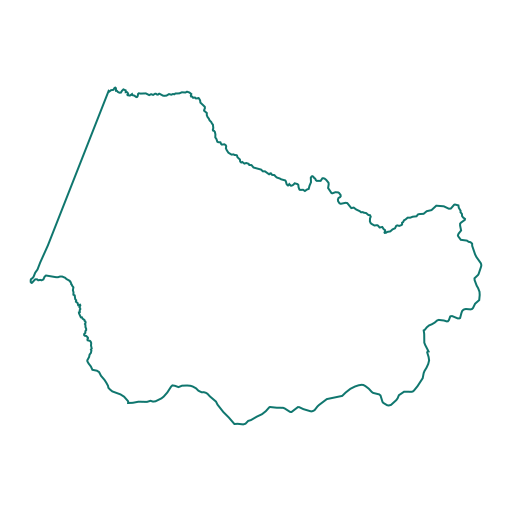 Corinto, Cauca, Colombia
{"feature_id": "7082276B3788770543565", "entity_name": "Corinto", "entity_type": "district", "adm_level": 2, "iso_a3": "COL", "parent_name": "Colombia", "parent_adm1": "Cauca", "projection": "robinson", "projection_center": [-76.211, 3.145], "detail": "fine", "context": "isolated", "style": "outline", "palette": "teal", "viewbox_px": 512, "rotation_deg": 0, "n_neighbors": 0, "source": "geoboundaries", "source_scale": "gbopen_adm2", "svg_char_len": 5969}
<svg xmlns="http://www.w3.org/2000/svg" viewBox="0 0 512 512"><path d="M128.1,403.0L132.8,402.8L138.5,401.7L146.9,401.9L150.5,400.8L153.0,401.6L155.5,401.3L161.4,398.4L163.7,396.6L167.3,392.5L171.1,386.6L172.4,385.4L174.9,385.8L178.5,387.1L182.0,385.7L187.1,385.5L190.5,385.8L192.7,386.5L196.0,388.3L198.4,390.7L200.2,391.6L201.8,392.3L203.8,392.2L205.9,392.8L207.5,393.8L209.9,396.4L216.0,401.6L217.5,404.6L223.3,412.0L228.8,417.5L234.4,424.0L237.7,423.8L243.2,424.4L245.5,423.7L248.2,420.9L250.9,420.1L256.9,416.6L262.0,414.2L265.8,411.2L269.2,407.4L269.9,407.0L276.5,407.7L283.0,407.8L284.6,408.4L289.9,411.8L290.8,412.0L291.5,412.0L297.9,407.1L299.3,407.2L303.3,409.1L310.3,411.2L311.6,411.4L313.2,410.9L314.6,410.1L317.5,406.4L319.0,405.0L326.8,399.1L342.2,395.9L345.7,392.5L350.4,388.8L355.0,386.5L358.6,385.3L361.6,384.8L363.4,385.0L365.4,386.1L368.8,388.7L371.7,391.9L373.1,392.9L379.2,394.4L380.5,395.5L382.5,401.9L383.3,402.9L387.1,405.2L388.7,405.5L391.0,404.9L396.3,400.1L397.6,398.3L398.9,395.2L404.1,391.7L411.6,391.8L412.8,391.5L414.0,390.5L417.5,386.2L422.7,378.2L423.7,373.0L424.5,371.0L426.5,367.7L428.2,364.0L429.1,360.4L428.6,357.0L427.2,352.4L427.6,351.5L428.5,351.4L425.2,345.0L424.3,342.7L424.2,333.9L423.7,330.4L424.8,329.8L426.8,327.3L429.1,325.4L431.8,324.3L434.7,322.6L437.1,320.5L438.7,319.9L443.9,320.5L446.7,321.4L447.9,321.3L448.9,320.1L450.2,316.5L451.1,316.1L452.2,316.1L457.7,318.4L459.3,318.4L460.1,318.0L461.4,313.1L462.1,311.1L463.0,310.1L464.1,309.4L465.9,309.0L470.6,309.4L472.0,309.0L473.0,308.0L475.1,303.7L479.2,300.1L479.7,295.0L479.5,291.8L478.1,288.1L476.7,285.7L474.6,280.1L474.5,278.3L478.0,275.0L478.6,274.0L480.9,267.2L481.3,265.7L481.2,264.4L480.8,263.2L476.4,257.0L475.1,254.4L472.2,245.9L472.1,243.6L470.5,242.2L468.6,241.8L466.9,240.6L460.8,239.8L458.2,236.3L457.9,235.3L458.6,233.6L461.1,230.5L460.1,225.6L460.1,223.7L460.9,222.7L464.8,219.9L465.0,218.9L463.1,217.5L462.1,216.1L461.9,213.9L460.5,212.2L460.6,210.8L458.8,207.8L458.4,205.4L454.9,204.5L454.1,204.8L450.9,208.5L450.0,208.7L448.8,208.7L443.8,206.3L436.3,205.7L431.5,210.1L426.7,211.2L423.6,213.8L419.2,214.1L417.9,214.5L416.5,216.3L412.7,216.7L410.2,217.7L407.6,217.7L405.5,219.5L404.0,220.3L403.2,222.0L402.1,222.7L402.1,224.4L401.6,225.0L399.3,225.9L397.2,225.4L396.2,225.9L395.0,228.3L392.5,229.4L390.3,231.4L387.3,231.9L385.9,232.8L384.7,232.9L384.5,232.5L385.2,230.9L385.0,230.1L383.7,229.2L382.3,227.0L379.6,227.5L378.0,225.6L377.1,225.2L374.4,225.5L371.4,223.8L370.6,223.0L369.9,221.4L370.0,218.5L370.7,216.7L370.0,215.2L368.4,215.0L366.2,213.1L363.5,212.6L362.8,212.1L361.1,212.3L359.8,211.2L356.2,209.5L353.7,207.6L351.3,208.1L347.3,203.1L345.6,202.8L340.8,203.8L339.5,203.3L338.1,201.2L337.9,199.5L338.6,197.9L340.1,197.1L340.7,196.2L340.6,195.0L339.0,192.9L338.1,192.4L335.4,192.2L332.4,193.3L331.5,193.1L328.1,188.0L328.7,184.2L328.5,182.7L326.2,179.9L324.6,178.6L323.1,178.2L322.4,178.3L320.6,180.9L316.8,180.9L315.8,180.1L315.2,178.6L314.2,178.0L313.3,176.7L312.4,176.2L311.7,176.4L310.8,177.7L311.0,182.2L309.5,185.8L308.7,188.9L307.0,189.5L304.9,191.0L303.1,189.8L300.0,189.9L299.4,189.5L298.6,187.4L298.3,184.9L297.5,184.1L294.7,183.3L293.3,184.8L291.6,185.7L290.8,185.7L289.3,184.1L288.4,185.4L287.7,185.4L286.6,184.1L285.8,181.2L285.2,180.4L281.1,179.3L279.8,178.5L277.0,177.6L275.6,176.5L274.4,175.1L272.1,174.9L270.9,173.3L270.3,173.3L269.6,174.2L269.1,174.3L264.9,171.3L262.8,171.3L261.1,169.6L253.5,167.5L251.5,165.1L249.3,165.0L248.6,163.8L246.2,163.0L244.4,163.6L242.3,162.0L241.5,162.5L241.0,162.4L240.2,161.5L239.9,159.5L237.5,157.3L237.0,155.5L236.2,155.1L234.5,155.0L233.6,154.4L231.5,154.6L228.4,152.7L226.7,150.1L225.9,148.3L226.2,146.2L225.7,145.2L224.4,144.3L221.8,144.6L221.2,144.1L220.4,142.3L218.2,142.2L217.3,141.7L216.5,139.2L215.3,137.4L215.4,134.4L214.9,132.0L214.0,130.8L213.1,130.6L212.8,129.9L213.3,128.0L212.9,124.6L212.0,123.6L211.2,122.0L209.6,120.4L208.8,118.6L207.6,117.1L206.8,115.2L206.8,113.0L204.1,110.7L204.1,110.1L204.9,108.2L204.8,106.8L200.4,102.6L200.1,100.4L198.9,98.3L198.4,98.0L197.2,98.4L195.8,98.4L194.9,97.5L193.1,97.8L192.2,96.6L191.1,96.5L190.8,95.7L191.3,94.0L189.4,92.5L187.0,91.7L185.5,92.5L181.9,92.3L179.2,93.4L175.4,93.5L174.3,94.3L173.0,94.0L171.3,94.7L169.0,94.1L166.5,95.6L164.5,95.8L163.1,95.7L159.4,93.7L158.9,93.8L158.0,94.6L157.1,94.6L156.0,93.8L155.2,93.7L153.1,94.9L151.1,94.2L149.2,95.1L145.8,93.4L140.6,93.6L138.8,93.3L138.1,93.9L137.7,96.0L137.2,96.9L136.3,97.1L134.3,95.6L132.3,95.1L132.0,94.1L129.9,95.6L127.6,95.2L127.4,94.7L128.1,93.8L127.6,92.7L126.9,92.1L125.7,92.2L125.7,90.4L123.4,89.4L122.0,90.8L120.9,92.6L119.4,92.7L117.8,91.9L116.9,90.8L116.0,90.8L115.9,88.2L115.2,87.6L114.4,88.1L113.5,89.8L111.0,90.2L109.2,91.6L108.6,91.0L47.9,245.4L40.2,262.5L37.5,269.5L35.2,272.7L33.6,276.7L32.6,278.0L31.1,279.1L30.7,280.0L30.7,282.0L31.5,282.9L32.0,282.8L34.9,279.6L35.5,279.3L37.0,279.3L38.2,280.3L40.3,279.9L41.5,280.3L42.7,279.8L43.4,279.4L44.6,276.7L46.0,275.5L56.1,277.2L58.0,277.2L60.1,276.5L62.1,276.5L65.2,277.8L66.4,279.0L69.7,280.8L69.8,281.4L70.4,281.7L71.2,283.5L71.2,284.2L71.8,284.7L72.0,285.5L73.4,287.3L72.9,290.2L73.5,292.3L73.4,294.7L74.7,295.4L75.2,299.1L76.2,300.3L75.9,301.7L77.6,303.0L78.2,305.3L78.9,305.4L80.0,304.7L80.2,305.0L80.3,305.6L79.4,307.1L80.2,308.3L80.3,309.2L79.7,310.1L79.8,312.1L78.9,312.4L79.0,313.3L80.8,317.3L81.9,317.3L82.6,318.7L84.4,319.9L84.6,320.9L85.4,321.5L85.6,322.8L84.9,324.0L85.4,324.8L85.5,327.3L86.1,328.5L86.2,330.0L85.4,331.1L85.3,332.9L84.2,334.0L84.1,335.0L84.7,335.7L86.3,336.0L87.9,337.6L88.0,338.2L87.4,339.2L87.6,340.3L90.0,340.9L90.7,341.7L91.2,343.1L91.0,345.5L91.7,348.5L90.9,349.6L91.4,350.6L90.9,352.9L89.6,354.6L89.1,357.0L87.3,360.3L87.4,361.4L88.6,363.5L90.9,366.5L92.4,369.8L96.9,370.7L99.1,372.1L101.0,375.8L104.5,379.9L106.3,382.7L108.0,385.8L108.4,387.8L110.0,389.5L112.3,391.4L120.5,394.4L124.1,396.7L127.9,401.0L128.2,401.7L128.1,403.0Z" fill="none" stroke="#0f766e" stroke-width="2"/></svg>